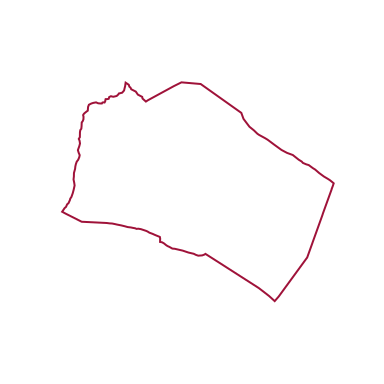 the district of San Miguel Huautla, Oaxaca, Mexico, rotated 313°
{"feature_id": "50627088B50573678957415", "entity_name": "San Miguel Huautla", "entity_type": "district", "adm_level": 2, "iso_a3": "MEX", "parent_name": "Mexico", "parent_adm1": "Oaxaca", "projection": "robinson", "projection_center": [-97.153, 17.754], "detail": "fine", "context": "isolated", "style": "outline", "palette": "rose", "viewbox_px": 384, "rotation_deg": 313, "n_neighbors": 0, "source": "geoboundaries", "source_scale": "gbopen_adm2", "svg_char_len": 2206}
<svg xmlns="http://www.w3.org/2000/svg" viewBox="0 0 384 384"><g transform="rotate(313 192 192)"><path d="M226.7,68.9L225.5,69.7L224.0,70.8L221.8,72.0L219.9,73.1L217.0,73.2L215.6,72.3L214.1,71.3L213.2,71.6L210.8,71.4L208.1,69.6L207.4,68.6L206.8,67.4L205.0,66.7L203.4,67.5L202.5,67.0L201.0,65.5L199.9,66.1L199.1,66.7L197.8,67.0L197.0,65.9L196.3,65.5L195.3,65.7L194.0,64.3L192.9,62.9L192.1,60.7L189.8,59.0L188.0,58.0L185.5,57.1L183.3,58.0L181.8,59.2L180.4,60.3L178.8,60.0L176.8,59.7L175.5,59.6L174.0,59.9L173.0,61.4L171.0,63.1L169.1,63.8L167.7,63.9L166.5,64.9L164.9,66.3L162.8,67.9L161.1,68.1L159.4,69.2L157.5,70.9L155.6,72.6L154.6,72.8L153.6,73.0L152.9,74.7L151.1,77.0L148.5,78.4L146.6,79.2L144.8,80.0L143.4,82.4L142.4,84.7L140.6,85.8L137.9,86.8L135.6,87.0L133.3,88.0L131.2,89.2L129.2,90.7L125.4,92.7L122.7,95.1L120.4,96.8L118.4,99.6L116.7,101.7L112.8,104.0L109.8,105.6L106.1,107.2L104.1,107.5L103.1,108.1L101.4,108.7L99.6,109.3L97.8,109.1L95.2,110.0L93.4,109.8L89.0,110.5L89.9,114.0L95.0,131.6L111.2,150.8L112.9,153.2L114.5,155.1L115.9,157.4L117.0,159.3L119.3,163.0L121.1,166.2L122.5,168.9L124.4,171.5L125.3,173.0L126.7,175.2L127.2,176.6L128.5,177.7L130.0,180.0L131.2,182.6L132.3,185.0L132.8,186.5L133.2,188.6L134.5,191.7L135.2,193.8L135.9,195.7L137.2,199.1L136.3,200.4L133.7,202.7L134.8,204.4L135.3,206.5L135.5,209.4L135.8,211.1L136.3,212.5L136.7,214.0L137.2,216.2L138.7,218.1L142.8,225.2L145.3,230.7L148.0,235.4L148.7,237.8L149.7,240.0L152.6,242.7L154.8,243.8L155.9,244.0L158.2,256.5L167.3,306.4L168.5,319.3L168.6,326.9L174.6,326.7L222.7,320.9L236.7,314.9L236.9,314.8L237.1,314.7L263.9,303.2L265.8,302.3L289.2,292.3L289.4,292.1L290.4,291.7L290.7,291.6L292.1,291.0L292.4,290.9L295.0,289.7L295.0,289.4L295.0,289.2L294.7,284.9L294.3,282.6L293.3,278.0L292.6,272.1L292.4,266.7L291.9,264.2L291.3,259.0L290.1,256.6L288.9,253.2L289.1,251.5L288.4,248.0L287.8,240.5L285.4,234.8L283.8,228.8L282.7,219.9L281.8,211.6L281.2,208.7L279.5,202.1L279.2,200.1L279.3,195.2L278.9,189.5L280.6,179.8L283.5,174.1L276.9,124.7L265.0,109.5L257.0,106.5L229.1,97.2L226.7,96.6L226.6,92.1L227.6,90.7L226.3,86.0L227.1,82.4L225.7,77.5L226.4,75.8L226.3,74.4L227.3,72.6L226.7,68.9Z" fill="none" stroke="#9f1239" stroke-width="2"/></g></svg>